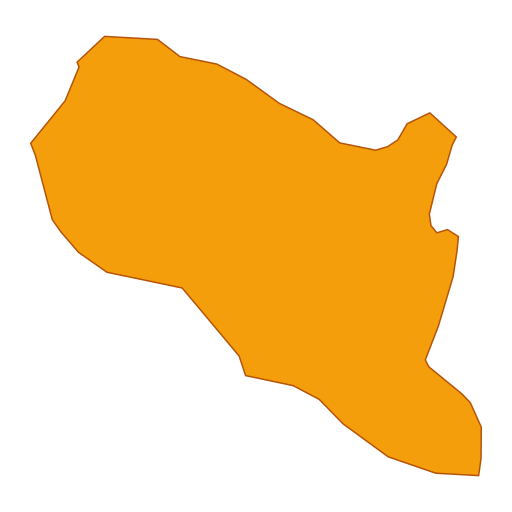 the border of Hrpelje-Kozina
{"feature_id": "SVN-1026", "entity_name": "Hrpelje-Kozina", "entity_type": "Municipality", "adm_level": 1, "iso_a3": "SVN", "parent_name": "Slovenia", "parent_adm1": "", "projection": "orthographic", "projection_center": [14.024, 45.558], "detail": "fine", "context": "isolated", "style": "filled", "palette": "amber", "viewbox_px": 512, "rotation_deg": 0, "n_neighbors": 0, "source": "natural_earth", "source_scale": "10m", "svg_char_len": 740}
<svg xmlns="http://www.w3.org/2000/svg" viewBox="0 0 512 512"><path d="M30.7,143.3L65.2,100.7L79.0,67.1L77.1,62.2L104.6,36.4L157.5,39.4L179.9,56.6L216.9,64.1L246.2,79.4L279.4,103.4L313.2,119.8L339.7,142.9L375.5,150.2L387.7,146.6L397.8,139.9L407.2,123.7L429.8,112.9L456.3,137.0L452.1,145.3L446.6,164.3L436.8,183.7L429.3,214.2L431.0,225.7L436.9,232.8L447.5,229.6L458.4,236.6L457.0,251.1L453.1,276.6L438.4,326.0L425.3,359.9L428.9,366.9L461.9,393.9L470.3,402.7L481.3,427.2L481.0,458.8L478.7,475.0L478.6,475.6L435.7,473.2L388.3,456.9L343.1,423.9L319.2,399.4L293.3,385.7L245.6,375.6L245.5,375.2L239.1,356.0L182.2,288.0L107.0,272.3L78.6,252.4L60.9,231.9L52.3,219.7L35.4,155.4L30.7,143.3Z" fill="#f59e0b" stroke="#b45309" stroke-width="1.5"/></svg>